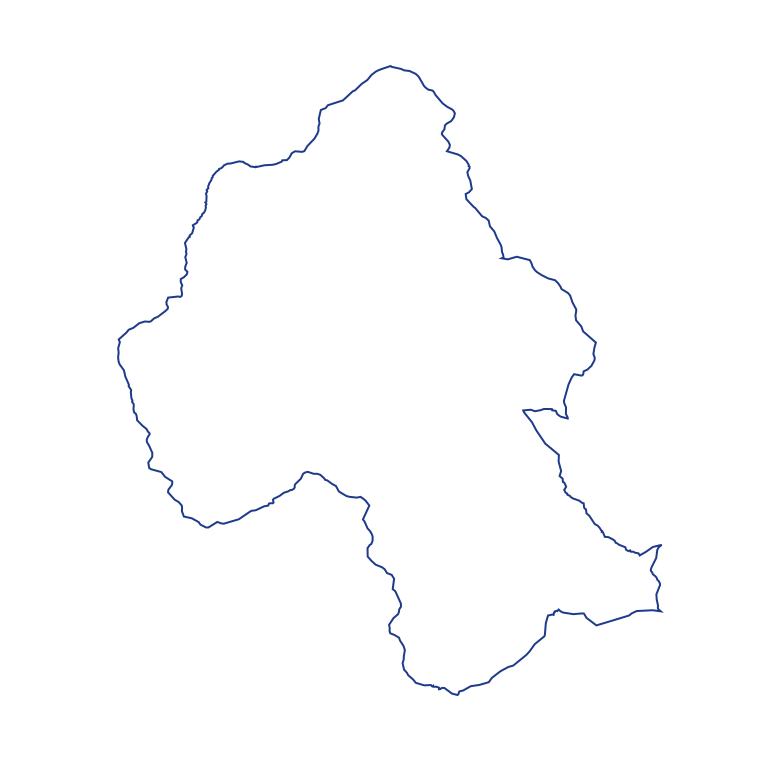 Ghimes-Faget, Bacau, Romania, rotated 175°
{"feature_id": "2599482B75132506391920", "entity_name": "Ghimes-Faget", "entity_type": "district", "adm_level": 2, "iso_a3": "ROU", "parent_name": "Romania", "parent_adm1": "Bacau", "projection": "robinson", "projection_center": [26.074, 46.623], "detail": "fine", "context": "isolated", "style": "outline", "palette": "blue", "viewbox_px": 768, "rotation_deg": 175, "n_neighbors": 0, "source": "geoboundaries", "source_scale": "gbopen_adm2", "svg_char_len": 6137}
<svg xmlns="http://www.w3.org/2000/svg" viewBox="0 0 768 768"><g transform="rotate(175 384 384)"><path d="M625.2,320.7L623.3,319.3L613.5,315.7L610.1,310.5L603.6,305.6L603.4,304.8L604.0,302.0L608.0,297.5L608.6,294.9L602.6,287.0L598.7,284.2L596.1,280.6L595.9,278.9L596.4,274.8L594.9,269.4L587.2,267.0L580.7,262.6L579.1,259.9L573.8,256.6L571.4,256.4L562.1,261.1L558.2,259.3L555.8,258.8L540.4,261.9L527.4,269.2L522.8,269.4L514.0,272.6L509.9,273.0L509.1,274.8L508.3,275.1L505.1,274.9L504.4,275.5L504.7,278.3L504.0,279.2L497.8,281.6L493.3,284.4L488.7,285.4L486.7,286.5L485.2,286.4L483.1,287.4L482.0,288.6L481.8,290.8L481.2,291.9L475.1,296.9L472.3,301.7L470.0,302.8L467.5,303.1L461.9,300.7L458.5,300.4L455.4,299.1L452.0,295.5L450.8,293.5L449.0,293.0L444.6,289.1L440.8,286.6L438.3,280.8L431.2,275.7L428.1,274.6L421.1,273.2L417.2,273.6L415.1,271.9L412.7,269.6L409.2,264.2L416.8,250.9L415.4,248.8L413.0,241.7L410.6,238.5L409.2,235.4L408.6,233.0L409.1,228.7L410.5,225.8L412.2,224.9L414.7,221.9L415.3,213.5L411.9,208.9L408.0,204.7L401.9,201.6L399.4,199.3L397.5,195.4L393.0,193.2L390.9,189.1L393.2,178.9L390.8,176.6L386.3,163.8L386.5,160.7L388.5,158.1L388.9,155.9L390.0,153.5L394.9,150.0L399.9,143.7L399.6,140.1L400.0,137.4L399.5,135.1L395.3,133.0L391.2,130.0L390.3,126.8L387.5,121.6L386.4,117.2L388.0,110.9L388.4,107.7L389.8,104.3L388.9,97.7L386.3,94.3L385.3,91.8L381.0,87.4L378.3,83.5L370.2,80.3L363.5,80.0L362.3,78.5L361.3,79.1L361.2,78.2L360.7,78.0L358.4,77.9L355.8,76.8L355.8,75.1L354.6,75.2L352.8,76.2L350.3,75.9L343.2,69.6L337.9,67.8L337.2,68.2L335.7,71.2L331.8,71.8L323.9,75.4L315.3,75.9L305.6,77.8L302.1,81.9L293.0,87.7L284.7,91.3L279.8,92.2L265.7,101.8L262.4,104.8L256.5,111.7L246.2,118.7L245.6,120.1L243.6,131.8L240.8,139.0L236.3,139.7L235.2,139.2L234.5,141.6L233.9,141.6L233.6,142.6L231.9,143.0L231.2,142.6L229.7,144.1L228.0,142.2L225.5,140.7L215.4,138.2L206.4,138.2L204.8,137.8L202.6,133.3L193.4,125.0L160.1,132.0L157.0,134.0L152.0,135.8L136.1,135.2L128.1,133.4L130.5,135.9L130.7,137.4L130.3,139.1L131.1,145.3L131.0,150.7L126.5,159.7L126.5,161.0L127.3,163.4L128.9,165.4L129.2,167.0L130.2,168.6L132.7,171.0L133.1,172.5L134.4,174.7L134.4,175.7L133.5,178.0L128.0,186.9L126.2,195.0L124.6,197.3L121.4,199.6L130.4,198.2L137.6,194.0L143.9,191.1L143.9,191.6L144.7,191.8L145.2,193.1L148.7,194.1L150.3,195.2L152.6,195.4L153.3,196.8L154.7,196.1L156.1,196.9L157.3,197.8L157.8,200.3L164.3,203.6L165.2,204.7L167.0,205.6L167.8,207.7L169.7,209.3L173.8,211.9L177.4,212.5L178.7,217.0L179.9,217.6L179.5,218.6L180.4,219.2L181.4,221.4L183.3,224.1L186.3,226.2L190.9,234.8L193.5,237.4L193.8,241.6L194.9,242.4L195.4,243.4L195.5,247.8L197.0,248.3L199.7,250.8L205.7,253.5L207.8,255.1L208.6,256.4L211.0,257.7L211.0,258.8L212.6,260.0L213.7,262.8L211.5,265.7L212.5,268.9L213.2,270.2L214.3,270.8L214.3,274.1L217.1,277.0L215.1,281.8L216.8,291.4L216.0,298.1L228.5,310.5L236.3,324.5L239.9,333.0L247.1,343.8L247.6,345.5L240.2,345.6L235.8,343.7L230.2,344.3L226.8,345.2L219.1,344.4L218.6,344.1L218.7,343.1L215.2,342.3L213.9,338.7L210.9,336.1L204.0,333.6L203.9,334.5L205.4,338.3L204.7,344.8L206.2,349.5L206.2,351.6L200.2,367.5L196.4,374.2L193.8,377.2L186.7,375.2L185.5,375.3L184.6,376.6L184.0,379.2L180.0,380.7L175.8,384.0L172.5,388.9L171.9,390.6L171.8,391.8L172.8,395.6L171.2,401.9L169.3,406.8L181.0,419.0L182.5,424.3L187.1,430.7L187.3,435.6L186.1,440.1L186.1,441.8L189.1,448.8L190.9,456.0L192.8,458.6L198.9,463.1L199.7,465.6L201.9,469.4L204.6,472.5L211.3,474.9L217.4,478.7L221.9,482.2L223.7,484.2L225.8,487.9L226.4,491.0L227.9,494.7L240.7,499.2L249.8,497.4L255.8,499.0L253.9,499.7L254.1,502.6L254.9,505.1L255.0,510.0L255.4,512.0L258.7,519.6L260.8,526.3L264.7,531.9L265.5,537.7L268.2,540.6L271.6,542.5L277.9,551.5L279.4,552.8L285.8,560.9L286.1,566.1L282.6,567.6L279.5,570.5L280.3,579.1L282.0,583.9L282.5,587.8L280.0,591.4L279.8,593.0L280.7,593.7L280.4,594.7L282.4,598.9L287.5,604.4L290.4,606.2L301.0,610.4L298.2,613.9L297.5,616.4L298.8,619.9L304.1,626.9L304.6,628.0L304.2,629.5L301.6,632.5L300.8,636.1L300.1,636.9L298.7,638.0L294.1,640.1L291.1,643.6L289.8,647.5L291.0,650.2L292.4,651.7L296.8,654.6L301.1,658.4L307.5,667.4L309.0,670.8L310.1,672.1L314.2,673.4L316.6,675.5L318.1,677.3L322.7,687.2L325.4,690.2L331.3,693.6L336.6,694.7L339.6,696.4L348.8,699.3L349.7,700.2L360.8,697.5L364.6,696.1L369.4,693.1L374.1,688.3L380.1,684.9L387.2,679.1L389.6,678.3L400.2,670.1L415.6,666.6L418.1,663.9L423.0,662.5L425.9,653.8L425.5,649.1L426.9,646.2L427.2,642.0L428.7,638.9L432.0,634.4L439.5,627.8L443.1,622.9L445.5,622.4L452.3,623.6L455.8,621.9L458.5,617.8L461.2,615.5L465.8,615.7L466.6,614.4L472.2,612.6L475.5,612.1L484.1,612.3L492.7,611.2L492.7,611.6L494.0,611.4L498.1,612.4L499.9,614.1L504.1,616.6L504.7,617.5L508.8,618.4L517.9,617.0L520.5,617.2L524.3,615.8L526.1,614.0L528.0,612.9L529.5,612.7L530.0,611.5L532.2,610.3L536.5,606.2L536.7,604.8L537.6,604.2L538.3,602.1L540.6,599.1L542.0,595.9L542.0,594.2L543.7,592.9L543.8,592.3L543.3,591.2L544.7,589.2L544.4,586.6L545.1,581.1L546.2,580.5L545.2,578.6L546.2,577.2L546.0,575.4L547.0,572.5L548.3,570.5L550.2,569.2L550.9,567.2L552.6,566.0L553.6,564.1L555.5,563.3L555.7,561.9L556.4,560.9L560.6,558.8L560.4,557.6L559.9,557.1L560.0,555.9L562.0,550.9L564.7,548.9L564.7,547.4L565.8,547.1L570.0,541.9L569.1,535.6L569.8,532.6L569.4,531.6L569.6,530.2L570.9,527.8L570.0,521.9L571.7,518.4L572.1,516.1L572.1,515.3L570.1,513.0L570.2,512.2L571.0,510.3L574.0,507.8L577.3,506.3L577.6,503.3L576.4,499.8L577.7,497.1L577.3,491.2L577.9,489.4L579.4,488.5L581.3,489.1L591.5,488.9L593.6,484.7L593.7,482.2L592.5,479.7L592.8,477.9L595.3,475.8L603.6,470.6L607.1,469.5L610.8,466.8L612.3,466.4L616.9,467.1L622.5,465.9L628.8,461.8L633.6,460.3L636.3,457.5L644.4,451.5L643.5,448.8L645.7,442.8L645.6,438.5L646.6,433.4L646.4,429.3L645.7,426.7L641.9,420.3L641.0,413.8L638.5,406.5L638.2,404.8L638.6,404.1L636.4,400.1L636.9,397.9L636.9,391.7L636.0,389.5L636.5,388.6L636.3,387.7L635.3,386.3L635.1,384.7L635.8,380.4L635.3,377.3L633.8,376.0L633.2,373.9L633.1,369.4L628.1,363.3L624.5,359.9L623.4,357.3L621.7,355.1L622.3,353.6L623.5,352.5L625.3,349.1L625.2,346.8L623.3,342.8L620.8,335.5L621.3,331.5L625.7,326.2L625.2,320.7Z" fill="none" stroke="#1e3a8a" stroke-width="2"/></g></svg>